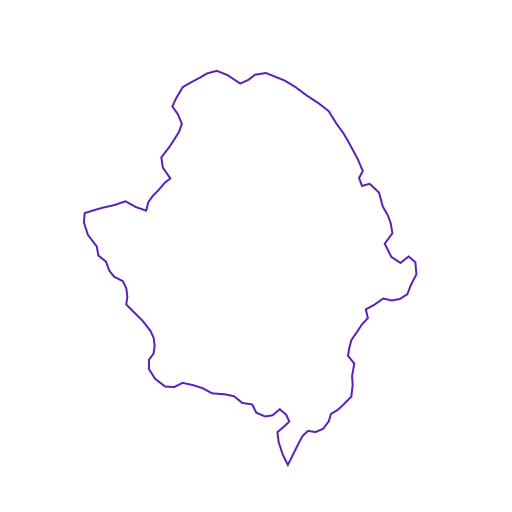 Dores de Campos, Minas Gerais, Brazil (Albers equal-area conic projection), rotated 308°
{"feature_id": "56859067B85692850284281", "entity_name": "Dores de Campos", "entity_type": "district", "adm_level": 2, "iso_a3": "BRA", "parent_name": "Brazil", "parent_adm1": "Minas Gerais", "projection": "albers", "projection_center": [-43.994, -21.101], "detail": "fine", "context": "isolated", "style": "outline", "palette": "violet", "viewbox_px": 512, "rotation_deg": 308, "n_neighbors": 0, "source": "geoboundaries", "source_scale": "gbopen_adm2", "svg_char_len": 1669}
<svg xmlns="http://www.w3.org/2000/svg" viewBox="0 0 512 512"><g transform="rotate(308 256 256)"><path d="M381.7,313.9L382.9,301.2L376.5,296.3L381.0,289.1L388.7,287.9L395.0,276.5L400.0,265.2L404.0,255.9L406.7,248.8L409.8,238.0L414.9,224.1L414.9,211.5L413.7,196.8L413.4,182.6L411.8,170.1L409.2,161.3L406.3,151.1L398.2,143.6L390.0,141.5L382.2,137.4L381.0,122.2L377.8,111.1L370.0,105.2L362.3,102.1L354.0,98.4L344.1,94.3L331.3,95.9L322.4,98.0L319.6,107.2L314.4,116.3L306.4,118.9L298.1,119.8L288.7,120.6L275.4,120.7L268.3,128.2L264.4,140.7L257.4,139.0L248.5,138.7L240.2,137.7L232.5,137.9L224.1,141.5L220.6,131.2L218.7,119.4L209.0,113.1L199.2,105.1L190.6,98.9L184.3,94.6L176.5,99.7L169.1,110.6L165.4,124.8L159.3,131.5L159.2,141.2L154.1,149.5L152.3,157.0L154.2,166.6L150.6,173.8L144.7,179.7L137.9,183.6L136.6,194.1L135.1,206.6L131.9,219.2L128.4,225.9L122.6,231.6L115.9,235.4L108.5,235.5L101.0,241.2L97.1,252.2L97.2,264.8L102.5,272.3L110.8,276.2L115.2,285.3L119.0,295.4L120.7,305.9L128.0,316.8L132.0,325.1L131.7,335.6L136.7,344.4L132.7,352.7L135.2,362.0L140.6,367.1L149.9,369.1L149.5,377.6L146.0,384.2L137.8,382.9L130.4,381.3L123.4,388.3L116.0,399.3L111.0,409.7L121.5,407.6L135.2,404.8L142.9,403.5L150.2,404.7L153.9,411.3L161.2,415.3L170.7,415.1L177.7,412.3L184.8,415.1L192.9,416.4L203.8,417.7L213.6,411.8L220.6,405.6L231.7,399.7L234.0,389.9L241.4,385.9L248.5,382.9L257.7,382.4L267.6,381.6L275.9,382.4L281.6,375.4L290.3,379.2L300.8,382.4L304.6,390.4L310.6,395.8L319.1,398.8L328.1,396.0L340.3,393.7L349.2,385.4L349.6,376.6L339.5,374.1L338.6,363.2L345.0,349.8L357.9,349.5L364.9,341.8L369.2,334.8L373.0,325.5L381.7,313.9Z" fill="none" stroke="#5b21b6" stroke-width="2"/></g></svg>